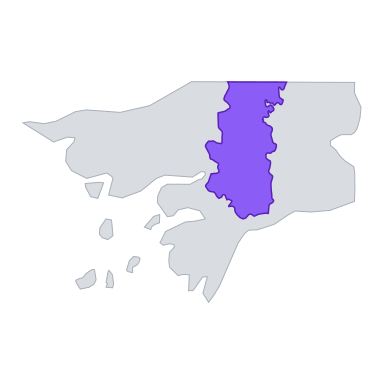 Guinea-Bissau, with Bafatá highlighted
{"feature_id": "GNB-776", "entity_name": "Bafatá", "entity_type": "Region", "adm_level": 1, "iso_a3": "GNB", "parent_name": "Guinea-Bissau", "parent_adm1": "", "projection": "robinson", "projection_center": [-14.664, 12.138], "detail": "fine", "context": "in_parent", "style": "filled", "palette": "violet", "viewbox_px": 384, "rotation_deg": 0, "n_neighbors": 0, "source": "natural_earth", "source_scale": "10m", "svg_char_len": 6309}
<svg xmlns="http://www.w3.org/2000/svg" viewBox="0 0 384 384"><path d="M23.0,122.9L29.1,121.7L44.2,123.7L55.9,121.3L64.2,117.2L75.4,111.7L86.2,109.9L120.1,112.4L149.5,105.7L171.4,93.2L191.6,81.7L217.8,81.8L245.9,81.9L285.8,82.1L317.4,82.3L354.7,82.4L354.4,92.7L361.0,107.2L360.0,118.0L357.2,128.3L354.7,132.3L351.4,134.6L341.4,134.6L337.2,136.6L330.5,140.6L330.4,145.3L335.7,149.8L340.0,156.1L345.1,161.0L353.8,166.7L354.7,173.0L354.9,188.9L354.5,201.4L329.9,210.4L311.1,212.0L295.2,211.0L288.2,214.9L274.4,224.2L257.4,229.8L248.7,230.2L244.5,233.6L238.0,243.3L219.6,285.6L213.5,295.7L208.6,302.3L202.9,293.3L207.3,276.7L202.6,277.0L193.2,290.4L188.6,290.8L189.3,274.9L184.1,274.3L178.0,275.5L169.6,267.2L168.8,261.0L169.5,252.3L174.6,246.8L173.9,244.5L169.0,243.8L163.4,245.3L160.0,242.7L165.6,231.5L185.3,222.0L195.2,221.1L205.3,218.9L199.8,210.8L187.8,207.6L178.2,209.9L173.4,215.7L167.4,216.7L157.5,202.9L157.7,196.0L161.4,187.8L167.2,184.2L190.0,184.3L198.6,179.7L202.1,178.8L205.4,174.6L204.7,171.8L201.0,171.7L192.5,177.1L165.0,175.1L156.3,178.4L141.0,190.9L122.2,197.9L108.6,195.0L113.0,178.1L111.0,175.8L106.7,173.0L86.7,178.4L71.6,170.7L65.7,161.4L66.7,149.7L73.9,141.8L75.0,137.8L67.5,137.1L53.6,142.0L23.0,122.9ZM89.2,287.2L80.3,289.1L76.3,282.8L75.7,280.3L80.3,278.2L82.4,278.1L86.0,273.6L90.4,270.5L92.3,269.5L94.5,269.7L96.1,279.8L94.0,284.1L89.2,287.2ZM113.0,235.7L107.8,239.6L102.4,237.8L99.5,234.2L99.9,227.9L106.0,218.9L111.5,220.0L113.0,235.7ZM103.6,182.9L97.8,198.4L90.7,196.7L85.7,187.4L85.2,183.5L99.7,182.3L103.6,182.9ZM132.6,267.4L132.6,272.6L127.9,271.6L126.5,270.1L129.4,260.7L133.5,256.5L138.6,257.1L140.1,258.4L139.1,262.0L136.9,265.0L132.6,267.4ZM151.8,226.6L150.7,229.6L144.4,227.1L153.7,216.4L159.7,214.5L159.5,222.8L154.8,224.5L151.8,226.6ZM113.6,284.3L112.6,287.8L106.0,287.2L107.5,283.7L106.1,282.6L108.0,271.9L109.0,270.3L112.1,274.3L112.6,275.9L113.6,284.3Z" fill="#d9dde1" stroke="#a8b0b8" stroke-width="1"/><path d="M227.7,81.9L236.6,82.0L276.0,82.1L286.5,82.2L284.7,86.4L284.2,88.1L283.7,89.0L283.2,89.6L282.6,89.8L282.0,89.9L281.5,89.7L281.1,89.3L280.5,88.3L279.7,87.5L279.2,87.2L278.8,87.4L278.6,88.3L279.1,95.5L279.5,97.2L279.8,97.7L280.2,98.1L281.3,98.6L282.1,99.4L282.5,99.6L282.9,99.6L283.1,100.2L283.0,101.1L282.4,102.8L282.0,103.7L281.6,104.3L281.4,104.4L281.2,104.5L280.8,104.6L280.3,104.5L280.1,104.3L279.8,104.1L279.0,103.2L278.6,102.9L278.0,102.6L277.4,102.6L276.9,102.9L276.4,103.2L275.2,104.7L274.8,105.0L274.4,105.2L273.9,105.1L273.6,104.9L273.4,104.6L273.0,103.5L272.6,103.1L272.1,103.0L270.8,103.1L270.2,103.1L269.7,102.9L269.4,102.5L269.1,102.2L268.9,102.2L267.9,102.5L267.4,102.6L267.0,102.4L266.8,101.9L267.0,101.0L266.9,100.4L266.4,99.9L265.9,99.9L265.4,100.2L265.1,101.0L265.1,102.2L265.4,104.4L265.8,105.6L266.2,106.4L266.7,106.6L267.3,106.7L267.9,106.5L268.4,106.2L269.9,105.2L270.4,105.0L271.0,105.1L271.4,105.3L271.8,105.7L273.3,107.6L273.6,108.2L273.8,108.8L273.8,109.6L273.6,110.4L272.9,111.0L272.4,111.2L271.8,111.5L271.4,111.9L271.1,112.4L270.7,112.7L270.2,112.7L269.9,112.3L269.3,111.3L269.1,111.0L268.8,110.8L268.4,111.0L268.1,111.5L268.1,112.3L268.6,114.5L268.9,115.2L269.0,115.6L268.9,116.0L268.5,116.6L268.0,117.0L267.4,117.2L266.7,117.4L266.1,117.4L265.5,117.3L264.6,116.9L264.2,116.9L263.8,117.2L263.4,117.6L263.0,118.1L262.7,118.6L262.6,119.1L262.7,119.5L263.2,119.7L263.5,120.0L263.3,120.6L263.1,121.0L262.9,121.3L262.8,121.7L263.0,122.0L264.8,122.4L265.3,122.7L265.7,123.1L266.3,124.2L266.7,124.6L267.2,125.0L267.7,125.3L269.6,125.9L270.1,126.1L271.0,126.8L271.8,127.6L272.1,128.1L272.3,128.9L272.3,129.7L272.0,131.2L271.6,132.0L271.0,133.3L270.9,134.1L270.9,135.1L272.7,141.7L272.8,142.1L273.1,142.4L273.4,142.8L273.8,143.2L274.4,143.5L275.5,143.9L276.0,144.2L276.3,144.7L276.4,145.8L276.2,147.2L275.3,150.0L274.5,151.0L273.9,151.4L273.3,151.3L272.7,151.4L272.3,151.7L271.1,152.8L270.6,153.1L270.1,153.3L269.5,153.2L268.1,152.9L267.5,153.0L266.9,153.1L266.4,153.6L266.1,154.3L265.9,155.8L265.9,156.9L266.2,158.1L266.7,158.8L267.2,159.2L268.1,159.8L269.7,160.7L270.2,161.0L270.5,161.9L270.5,163.6L269.9,167.1L269.5,168.7L269.1,169.6L268.9,169.9L268.7,170.4L268.7,171.2L269.0,172.4L269.3,173.0L269.7,173.5L272.0,175.4L272.4,175.8L272.6,176.6L272.5,177.6L271.2,181.9L271.0,183.0L270.9,184.5L271.2,190.2L271.8,194.9L271.8,197.3L271.9,198.1L272.3,198.8L273.1,199.6L273.4,200.0L273.6,200.7L273.4,201.4L272.6,202.5L271.9,203.0L270.1,203.9L269.7,204.3L269.3,204.6L268.9,206.3L268.3,213.4L265.7,213.2L260.7,213.8L258.1,214.4L255.0,215.9L254.0,216.1L253.3,215.7L252.0,214.6L251.6,214.3L249.8,214.2L248.7,214.6L245.7,218.0L243.0,218.9L240.0,217.5L237.2,214.8L235.3,212.0L234.8,209.9L234.8,208.4L234.3,207.3L232.4,206.1L228.8,206.5L228.7,205.9L231.5,202.2L231.9,201.1L231.4,200.6L228.6,199.2L228.2,199.1L227.7,199.4L227.0,199.8L226.7,199.3L226.3,198.2L225.7,197.1L225.5,196.1L225.1,195.2L224.1,194.7L222.9,194.8L222.2,195.5L221.7,197.1L218.8,198.3L216.8,196.3L215.3,193.4L213.8,192.0L210.5,191.5L209.5,191.2L208.2,190.3L207.6,189.4L207.0,188.4L206.1,187.2L205.6,185.6L206.6,184.0L208.0,182.6L208.7,181.1L210.8,174.9L210.9,174.1L211.3,173.8L213.0,173.7L214.1,173.3L214.4,173.4L215.7,173.5L216.9,173.2L217.5,172.9L218.0,172.7L218.5,172.4L218.8,172.1L219.0,171.9L219.1,171.5L219.0,171.0L218.8,170.2L218.0,168.4L217.8,167.8L217.8,167.5L217.8,166.7L218.0,165.8L218.5,164.7L218.6,164.0L218.3,163.4L213.8,160.6L213.2,160.0L212.3,159.5L211.0,159.2L210.5,158.9L210.2,158.4L210.0,157.8L209.6,154.6L209.1,153.4L205.6,146.7L205.5,145.9L205.7,145.0L206.6,143.5L207.7,142.1L208.1,141.7L208.5,141.3L209.0,141.1L209.6,141.1L210.1,141.3L210.7,141.4L211.4,141.3L211.9,141.1L212.5,140.9L213.0,140.9L213.4,141.0L213.8,141.2L216.8,142.9L217.3,143.1L218.0,143.2L220.1,143.4L221.4,143.6L221.8,143.2L222.0,142.2L222.1,136.4L222.4,133.9L222.2,132.2L221.9,131.2L221.4,130.6L219.3,128.6L219.0,128.1L218.7,127.6L218.5,126.9L218.4,126.2L218.0,113.7L218.1,113.0L218.7,112.7L224.1,111.5L225.8,110.8L226.3,110.5L227.6,109.3L228.2,109.0L228.7,108.8L229.3,108.5L229.7,108.1L230.0,107.6L230.2,106.9L229.8,105.8L229.5,105.1L229.2,104.7L228.9,104.3L227.4,102.7L224.6,100.5L224.3,100.1L224.0,99.4L224.1,98.3L224.7,96.3L225.2,95.3L226.3,93.5L226.8,92.2L228.6,88.9L228.9,88.3L229.1,87.4L229.1,85.9L228.9,84.5L227.7,81.9Z" fill="#8b5cf6" stroke="#5b21b6" stroke-width="1.5"/></svg>